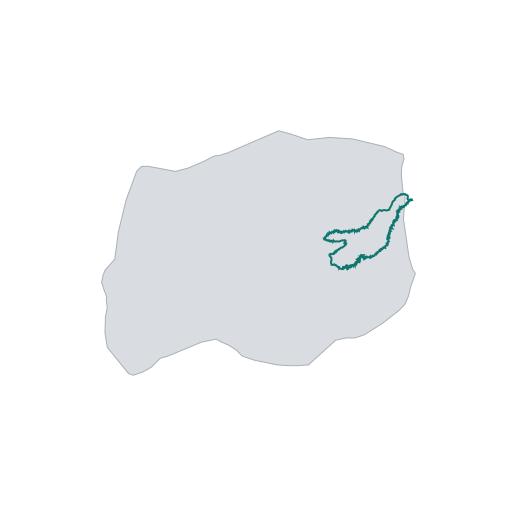 location of Seate, Mokhotlong, Lesotho, rotated 39°
{"feature_id": "5366337B91839727568065", "entity_name": "Seate", "entity_type": "district", "adm_level": 2, "iso_a3": "LSO", "parent_name": "Lesotho", "parent_adm1": "Mokhotlong", "projection": "equal_earth", "projection_center": [28.771, -29.06], "detail": "fine", "context": "in_parent", "style": "outline", "palette": "teal", "viewbox_px": 512, "rotation_deg": 39, "n_neighbors": 0, "source": "geoboundaries", "source_scale": "gbopen_adm2", "svg_char_len": 7122}
<svg xmlns="http://www.w3.org/2000/svg" viewBox="0 0 512 512"><g transform="rotate(39 256 256)"><path d="M320.3,338.0L309.1,342.1L307.5,342.4L300.3,341.5L290.8,342.5L283.2,344.7L277.4,345.6L267.8,357.3L250.6,389.1L246.0,395.7L244.7,408.2L240.7,418.0L235.8,425.7L231.0,427.6L216.5,424.5L198.0,420.6L187.2,411.0L177.6,398.5L172.5,389.3L167.2,384.3L165.4,381.5L157.9,377.2L155.0,375.1L152.5,373.5L149.4,367.4L147.6,362.1L148.2,347.4L142.9,338.6L133.7,323.6L127.9,311.3L119.9,294.5L115.0,280.1L109.9,265.1L110.6,258.7L115.3,254.4L129.3,246.8L140.1,241.0L147.9,230.4L156.3,214.5L160.4,204.9L164.5,200.6L169.0,193.8L176.8,178.8L185.5,162.2L194.9,144.3L206.7,139.2L222.9,133.2L238.5,117.6L257.1,104.4L287.0,90.1L301.0,86.5L306.3,84.4L309.7,87.1L313.3,95.3L318.4,102.1L330.2,114.0L335.2,116.9L347.4,134.6L360.5,146.6L375.5,160.5L385.7,167.5L390.9,169.4L395.2,181.7L399.6,190.9L402.1,199.4L401.5,207.8L396.8,228.1L389.8,249.0L384.3,257.6L377.5,263.1L370.9,271.3L368.3,288.0L365.3,307.6L356.7,315.7L350.0,320.9L340.8,327.4L320.3,338.0Z" fill="#d9dde1" stroke="#a8b0b8" stroke-width="1"/><path d="M338.0,202.7L337.7,201.1L338.5,201.3L338.1,200.9L338.9,200.6L339.3,199.9L338.8,197.7L338.3,197.8L338.0,198.8L337.7,199.0L337.4,197.9L338.1,196.8L340.2,195.8L339.7,195.1L339.4,195.0L338.6,195.9L338.3,195.9L337.8,194.7L337.5,194.4L337.0,195.1L336.6,195.2L336.7,193.9L337.5,192.8L338.0,193.0L338.1,194.2L338.7,194.2L339.6,194.7L339.8,194.4L339.0,194.0L339.2,193.8L338.9,193.1L337.8,191.5L337.0,191.1L337.6,190.8L337.1,189.0L337.8,188.6L338.2,189.5L339.2,190.0L339.4,189.2L339.0,188.1L339.3,187.7L339.5,188.5L341.2,190.1L341.3,189.4L340.6,188.7L341.8,188.3L341.8,187.4L342.2,186.9L342.5,187.1L342.4,187.9L342.6,188.5L343.0,186.8L343.4,186.9L344.0,186.2L344.7,185.9L344.8,185.2L345.5,185.7L346.2,185.4L346.2,184.9L345.7,183.9L346.2,184.0L346.9,183.2L346.7,182.3L347.4,182.1L347.8,181.5L347.4,180.2L348.4,179.3L347.6,178.3L348.2,177.8L348.0,177.1L348.5,177.1L348.1,176.0L348.8,175.0L348.5,174.3L349.1,174.0L348.4,173.5L348.9,172.9L348.7,172.1L349.7,172.0L349.7,171.7L349.0,171.6L349.8,170.6L349.3,169.7L349.5,169.3L350.0,169.6L350.4,168.7L351.3,168.4L350.5,167.5L350.2,166.6L351.1,165.5L351.4,164.9L351.2,164.6L350.9,164.9L350.7,164.2L349.9,164.3L349.6,164.1L350.3,163.0L349.7,162.5L350.1,161.2L349.4,161.0L348.5,159.8L347.7,160.4L347.2,160.2L346.7,159.2L347.3,159.1L348.3,158.1L348.3,157.7L347.9,157.5L347.9,158.2L347.6,158.4L346.7,157.1L346.0,157.5L345.7,157.4L345.6,156.8L346.0,156.8L346.4,156.4L346.1,154.6L345.8,154.4L345.5,155.1L345.1,155.1L345.2,153.9L344.6,154.0L344.4,153.7L345.0,152.0L344.4,152.1L343.5,151.8L343.5,151.4L344.0,151.0L343.8,150.5L342.4,149.7L342.5,149.1L343.4,149.6L344.5,148.9L343.6,148.7L343.1,148.0L342.7,148.0L342.9,147.4L342.1,147.0L342.1,146.5L342.5,145.9L343.6,145.4L341.7,144.1L341.7,143.5L342.3,143.1L342.4,142.2L341.9,142.4L341.4,143.4L341.5,142.6L340.9,142.5L340.8,141.3L341.3,141.1L341.3,140.5L342.3,139.8L341.8,139.7L341.6,139.1L342.4,138.1L342.3,137.6L341.2,138.0L340.8,137.4L342.0,136.8L342.1,136.1L341.6,135.6L340.4,136.0L340.2,135.7L340.6,135.2L339.8,135.1L339.7,134.7L340.1,134.4L339.6,133.6L339.4,133.5L339.2,134.0L338.3,133.3L338.8,132.6L338.0,132.5L338.8,131.7L337.5,131.7L337.3,131.4L337.5,131.0L338.6,130.5L338.8,129.9L338.6,129.4L338.0,130.2L337.9,129.5L338.4,128.9L337.5,128.5L338.0,127.7L338.6,128.1L338.9,127.9L337.5,127.1L338.8,126.8L338.7,126.5L338.0,126.4L338.2,125.6L339.4,125.6L339.8,125.1L339.3,124.8L339.2,124.3L339.4,124.0L339.9,124.3L339.9,123.3L340.6,122.2L340.4,121.9L340.1,122.2L339.9,121.8L340.0,121.2L339.7,120.8L339.7,119.0L340.0,118.9L340.0,119.7L340.4,120.1L340.9,119.9L340.3,118.1L340.8,116.8L340.6,116.4L340.7,115.5L341.4,115.2L341.6,114.5L341.9,114.3L341.3,114.0L340.0,115.3L339.3,116.7L338.8,116.7L337.8,116.3L337.2,115.5L336.9,114.4L335.6,113.5L334.3,114.2L333.5,113.9L332.7,114.3L331.3,115.3L331.1,116.2L330.8,116.5L329.9,116.5L329.8,117.8L329.0,119.3L328.0,122.3L327.9,124.1L328.3,124.2L328.5,124.7L328.4,126.1L328.0,127.6L329.4,131.6L329.9,135.2L330.4,135.8L330.4,136.4L328.5,138.7L326.9,139.4L326.2,140.1L325.3,142.0L324.4,141.9L323.2,142.5L323.0,142.9L322.8,144.5L322.6,145.0L322.8,145.3L322.6,145.5L322.6,147.0L322.9,147.1L322.6,147.8L322.8,148.4L322.4,149.5L323.2,150.5L322.9,151.3L323.2,152.1L323.1,153.4L323.6,154.1L323.3,154.5L322.9,154.2L322.7,154.7L323.1,155.0L322.9,155.6L323.6,155.8L323.5,157.1L323.1,157.3L323.7,157.7L323.8,158.2L323.5,158.6L323.8,159.2L323.2,159.8L323.2,160.5L323.6,160.7L323.0,161.1L323.5,161.8L323.5,162.7L324.1,162.9L323.9,163.7L324.3,163.9L323.7,164.1L323.8,164.5L323.0,165.5L322.8,165.3L322.8,164.5L322.3,165.3L321.4,165.5L321.9,166.0L321.1,165.9L321.4,167.2L320.7,167.2L320.2,168.1L320.3,169.0L319.7,170.0L319.9,170.6L319.3,170.7L319.8,171.3L318.9,171.2L319.0,171.9L319.5,172.2L319.3,172.7L318.4,172.9L318.8,173.8L317.4,174.0L317.9,173.5L317.7,173.2L316.8,174.3L316.4,173.9L316.7,174.5L315.8,173.9L315.5,174.7L314.9,174.8L315.1,175.3L314.9,175.4L314.9,175.7L314.5,175.6L314.9,176.8L314.1,177.0L313.9,178.1L313.4,177.3L313.1,177.5L313.1,177.9L313.8,178.5L313.7,178.9L312.5,178.1L312.7,179.4L311.3,179.4L311.2,179.9L309.9,180.0L309.9,180.8L309.2,181.1L309.4,181.6L308.6,181.5L308.6,183.1L307.9,183.0L307.6,183.2L307.5,183.7L307.9,184.2L307.7,184.6L307.0,184.6L306.4,184.0L306.2,184.6L305.1,184.4L304.9,185.4L305.1,185.8L304.8,185.9L304.6,185.5L304.7,184.4L303.9,184.3L302.9,185.0L302.9,185.6L302.2,185.4L301.9,185.7L302.2,187.1L302.0,187.6L300.8,187.1L300.9,188.3L300.4,189.1L301.3,188.8L301.5,189.2L299.9,189.4L300.1,191.0L299.2,191.0L298.8,191.7L298.4,191.6L299.0,192.7L297.9,193.0L298.5,193.7L298.6,194.7L298.9,195.0L298.5,195.3L297.7,195.1L297.8,195.6L298.3,196.0L298.3,196.6L297.8,197.6L298.6,198.6L298.5,199.2L297.8,199.6L298.6,200.2L299.9,199.3L300.3,199.5L301.0,199.0L301.4,199.3L302.2,198.6L304.4,198.2L304.9,197.8L304.9,197.4L304.6,197.3L305.0,197.2L305.2,196.7L305.4,196.9L305.6,196.6L306.0,196.7L306.2,196.4L306.5,196.5L306.5,195.8L306.9,196.2L306.9,195.6L307.4,195.2L308.5,195.0L309.1,194.2L311.7,192.2L312.8,190.0L315.3,187.7L316.0,187.7L316.3,188.0L316.4,190.4L316.7,190.7L317.3,190.6L317.8,189.4L318.4,189.6L318.6,191.1L318.3,193.0L317.7,194.8L317.8,195.1L316.8,196.0L316.5,197.2L316.6,197.6L316.2,198.1L316.3,198.5L315.9,198.6L315.9,199.8L315.6,200.3L315.7,201.3L315.2,201.3L315.4,201.9L315.1,202.1L315.5,202.3L315.2,202.7L315.4,203.0L315.2,203.2L315.4,203.3L314.9,203.8L315.1,204.3L314.9,204.4L315.1,204.6L314.7,204.9L315.1,205.3L314.2,206.5L313.7,206.7L313.6,207.1L312.6,207.4L312.7,208.0L312.2,208.6L312.4,209.0L313.4,209.7L315.6,209.9L317.4,211.9L317.7,213.0L318.5,213.9L319.3,214.7L320.0,214.7L320.4,215.2L321.4,214.5L322.2,213.1L323.3,213.3L323.9,212.8L324.8,213.1L325.8,212.9L326.5,213.1L326.9,212.6L327.3,212.8L327.6,212.5L328.6,213.5L328.7,212.9L331.2,212.0L332.0,211.1L332.1,210.6L331.0,210.3L330.6,209.8L331.1,209.2L332.3,209.2L332.4,208.5L332.1,207.4L332.1,206.3L333.0,205.9L334.3,208.6L335.3,208.9L335.6,208.2L334.3,207.2L334.4,206.2L335.9,206.1L336.6,205.5L336.8,204.9L336.5,204.4L335.1,205.3L335.0,204.8L335.2,203.9L336.7,202.2L338.0,202.7Z" fill="none" stroke="#0f766e" stroke-width="2"/></g></svg>